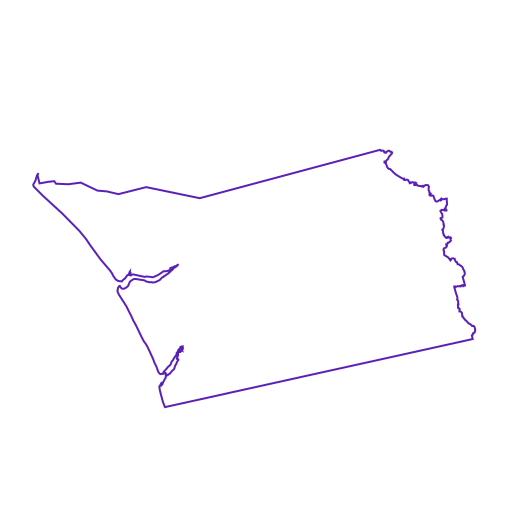 outline of Güer Aike, Santa Cruz, Argentina, rotated 166°
{"feature_id": "61730980B56904104065194", "entity_name": "Güer Aike", "entity_type": "district", "adm_level": 2, "iso_a3": "ARG", "parent_name": "Argentina", "parent_adm1": "Santa Cruz", "projection": "albers", "projection_center": [-69.615, -51.54], "detail": "fine", "context": "isolated", "style": "outline", "palette": "violet", "viewbox_px": 512, "rotation_deg": 166, "n_neighbors": 0, "source": "geoboundaries", "source_scale": "gbopen_adm2", "svg_char_len": 5929}
<svg xmlns="http://www.w3.org/2000/svg" viewBox="0 0 512 512"><g transform="rotate(166 256 256)"><path d="M230.7,127.4L145.6,125.1L65.9,123.0L65.7,126.9L64.7,127.2L64.1,128.5L62.3,128.9L62.1,129.6L61.3,130.7L61.2,131.9L61.0,132.1L61.2,134.5L61.7,135.4L63.3,135.9L63.7,136.9L66.2,139.5L66.6,140.1L66.8,140.8L67.8,142.5L68.4,143.0L68.6,143.9L69.6,145.4L69.6,146.4L70.5,147.3L70.1,148.3L70.3,149.2L70.0,150.2L70.0,151.3L71.2,152.9L72.0,153.1L71.2,155.3L71.7,155.7L71.7,156.2L72.2,156.8L72.4,156.8L72.4,157.5L72.2,158.0L72.2,158.7L71.3,159.8L71.2,160.5L71.4,160.6L71.2,160.8L71.2,161.5L70.8,163.0L70.8,163.6L71.4,164.9L71.0,165.1L70.9,166.1L70.6,167.1L71.0,172.3L71.1,178.4L70.1,178.3L69.9,177.7L69.6,177.6L67.7,178.0L66.6,177.5L65.9,177.6L65.3,177.2L65.1,177.3L64.9,177.0L63.9,177.1L63.9,177.4L63.5,177.4L63.4,177.8L62.7,177.8L61.9,177.6L61.7,176.9L61.2,176.9L61.3,176.7L60.3,176.9L60.5,185.8L58.9,186.6L57.9,187.8L57.5,189.0L57.6,189.6L57.4,190.3L57.8,191.8L57.8,192.3L58.1,193.0L58.2,194.4L58.9,196.2L60.4,197.7L60.9,198.6L61.9,199.0L62.5,199.7L62.4,200.4L62.6,201.5L63.2,201.7L63.7,202.8L64.0,204.4L63.9,205.2L65.5,206.1L66.5,206.2L67.4,206.0L67.7,205.3L68.4,204.7L69.3,206.9L70.1,208.4L73.0,211.2L73.0,212.8L72.5,213.9L72.4,215.5L72.7,216.0L72.2,217.4L71.8,217.9L69.6,218.3L68.6,219.1L68.2,220.0L68.7,220.4L68.6,221.4L66.9,221.8L66.7,222.5L65.1,222.6L63.5,223.4L63.2,223.9L63.4,224.4L63.1,225.6L62.4,226.1L62.7,227.1L64.5,227.2L64.8,228.2L65.9,228.0L66.4,227.3L67.0,227.5L67.8,228.6L68.4,230.3L68.8,230.7L68.6,231.3L68.9,232.4L68.7,233.7L68.8,234.1L68.5,235.3L68.9,236.4L67.7,237.0L66.4,239.4L66.2,239.9L66.4,240.4L66.2,240.8L66.4,241.5L66.2,241.8L66.1,243.9L66.7,245.6L67.6,246.4L67.9,247.8L67.4,248.2L65.9,248.2L65.4,249.4L65.2,251.4L66.2,255.1L64.7,255.9L64.2,255.6L63.2,255.4L61.6,254.3L60.2,254.1L60.1,255.1L61.4,255.7L61.4,256.3L60.6,256.7L59.0,259.1L58.3,259.5L57.9,260.7L57.6,263.3L57.0,265.5L58.3,265.8L59.0,265.6L60.8,265.8L62.1,266.4L62.3,266.9L62.9,266.6L62.9,265.4L63.4,265.2L64.0,265.9L67.2,265.0L68.3,265.5L68.7,266.3L69.3,270.0L69.3,271.4L70.8,272.5L71.6,272.1L72.4,272.5L72.4,272.8L72.7,273.0L72.9,273.4L72.3,273.6L72.2,274.4L71.6,274.6L72.5,275.6L72.3,276.7L72.1,277.0L72.6,278.2L72.2,279.9L71.4,281.1L71.9,283.0L73.7,283.8L74.6,283.8L76.7,282.8L77.0,283.7L77.6,283.7L78.3,283.2L79.2,284.0L81.4,284.8L82.3,285.5L82.5,286.1L84.8,286.3L85.3,286.7L85.2,287.1L83.0,288.1L83.1,288.3L84.3,289.0L85.6,289.2L86.3,289.8L87.5,289.8L87.7,289.5L88.4,289.3L89.2,289.4L89.0,290.5L89.6,291.0L90.2,293.1L91.2,293.6L93.8,293.8L93.9,294.5L93.6,295.3L95.2,295.7L100.4,301.0L102.7,304.3L103.2,305.3L104.8,307.9L105.9,308.3L106.8,309.4L106.9,310.3L107.4,311.0L107.3,312.4L107.8,314.7L108.8,315.6L108.4,316.5L107.2,315.7L106.9,316.7L105.9,317.5L104.8,317.8L103.1,320.0L99.6,322.4L98.9,323.2L98.9,323.5L99.3,323.8L99.4,324.3L100.5,324.7L101.0,325.6L101.9,326.1L102.9,326.0L104.3,325.3L104.8,324.8L105.7,324.9L105.9,325.7L106.5,325.8L106.5,326.8L106.8,327.3L107.3,327.6L109.2,327.8L109.9,329.0L296.6,325.7L345.9,349.4L374.5,349.3L385.2,354.8L394.0,357.8L408.3,369.6L420.6,371.0L432.5,374.5L433.7,377.4L439.4,378.2L448.5,378.8L448.4,387.3L447.0,389.0L449.1,387.1L451.9,382.3L454.8,379.3L455.0,377.8L454.5,376.5L448.4,366.3L433.7,344.1L421.3,323.1L416.8,313.6L414.2,306.4L407.8,290.6L401.0,276.9L400.0,274.3L399.3,271.1L398.6,269.5L397.9,267.4L396.0,265.3L394.9,264.7L392.2,263.8L391.9,264.3L391.1,264.8L388.7,265.8L385.7,268.3L383.5,269.3L383.4,269.6L382.6,270.1L382.8,270.7L382.7,270.9L382.1,271.4L382.3,270.8L381.8,270.1L382.2,269.4L381.4,269.3L382.0,269.2L383.4,268.1L382.1,267.4L380.7,268.0L379.5,267.8L369.2,262.7L367.3,262.6L364.2,261.6L362.1,260.6L360.8,260.3L355.4,261.3L349.2,263.6L347.9,263.1L344.7,262.9L343.1,263.4L342.4,263.9L341.9,265.1L339.7,265.1L338.7,265.4L337.6,265.3L337.3,265.7L336.0,265.6L333.2,266.8L335.4,265.3L339.4,263.9L340.1,263.0L340.8,263.0L341.5,262.3L342.3,262.4L343.0,261.5L344.7,260.8L345.2,260.2L346.2,260.1L348.8,258.9L349.8,258.9L350.8,258.1L352.1,258.0L355.4,255.9L360.0,255.0L362.5,255.2L363.6,255.9L365.3,256.1L368.9,258.0L370.0,259.3L378.5,262.9L380.4,263.2L383.6,262.1L384.8,261.3L387.1,258.2L387.8,257.6L390.0,256.6L392.4,256.2L393.5,256.5L394.1,257.0L394.7,257.9L395.3,259.2L395.4,260.0L395.8,260.0L397.7,258.4L398.2,256.9L398.9,255.8L398.9,254.6L398.3,251.5L394.0,238.8L391.4,227.2L390.7,223.2L389.2,217.6L386.3,203.6L385.4,200.2L384.1,197.0L383.4,194.6L382.5,190.3L380.7,180.7L380.4,177.2L379.8,174.8L379.3,172.0L378.9,167.8L378.6,166.5L377.9,165.1L377.0,164.4L376.0,164.5L374.9,164.1L374.0,164.3L374.2,165.1L373.8,165.8L370.4,168.0L368.1,169.8L366.2,170.6L364.9,171.7L363.5,173.8L361.2,175.5L360.6,176.4L357.2,179.3L356.7,180.1L356.4,181.2L355.4,181.7L354.2,183.5L353.3,184.1L352.2,183.9L352.1,184.2L352.5,184.6L352.0,184.9L351.3,185.0L351.4,185.8L351.3,186.0L350.5,186.1L350.5,185.7L350.9,185.5L350.7,185.3L349.8,185.4L348.9,186.1L348.3,185.9L348.9,185.8L349.2,185.2L349.1,184.3L350.0,182.9L350.5,182.7L350.6,182.3L351.4,182.2L351.6,181.8L352.7,181.1L354.3,181.4L355.1,180.7L355.9,178.1L357.0,176.7L357.5,175.7L357.5,175.2L356.7,174.9L356.4,174.3L356.5,173.9L358.6,172.1L358.9,171.3L359.8,170.2L361.0,169.2L362.6,166.3L365.4,164.7L368.2,162.6L369.5,162.4L370.6,161.6L371.5,161.7L371.5,162.4L372.1,163.5L371.9,164.1L372.1,164.3L372.4,161.9L373.2,159.5L374.1,158.9L377.3,155.1L378.6,153.9L377.4,154.7L378.1,154.0L379.5,153.1L380.0,153.3L379.3,153.6L379.2,154.3L377.9,155.6L377.2,155.7L377.9,155.9L378.6,155.6L381.4,152.5L381.8,148.9L381.7,146.9L381.8,146.8L381.8,145.7L381.6,136.8L380.9,131.4L298.6,129.2L230.7,127.4ZM353.8,182.7L352.7,181.9L352.2,182.2L351.7,182.1L351.6,182.7L351.2,182.9L350.7,182.4L350.8,183.0L350.6,183.4L350.3,183.6L350.0,183.3L349.3,184.4L349.3,185.1L349.5,185.4L350.0,184.9L350.8,185.0L351.1,185.5L350.5,185.9L351.2,185.9L351.2,184.9L352.3,184.5L351.8,184.2L352.2,183.5L353.2,183.7L353.8,183.1L353.8,182.7Z" fill="none" stroke="#5b21b6" stroke-width="2"/></g></svg>